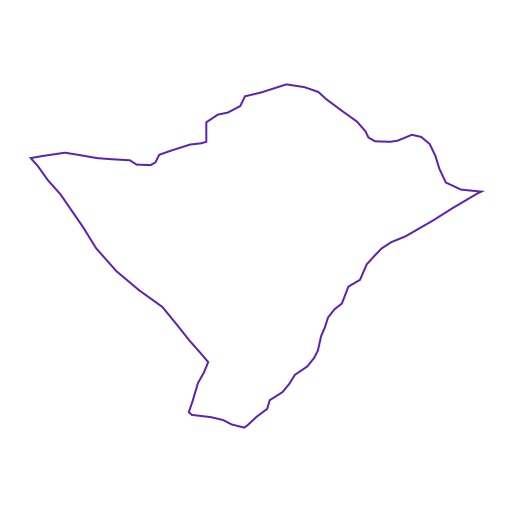 Robertsfors, Västerbotten, Sweden (Robinson projection)
{"feature_id": "70781695B17714148738486", "entity_name": "Robertsfors", "entity_type": "district", "adm_level": 2, "iso_a3": "SWE", "parent_name": "Sweden", "parent_adm1": "Västerbotten", "projection": "robinson", "projection_center": [20.776, 64.169], "detail": "fine", "context": "isolated", "style": "outline", "palette": "violet", "viewbox_px": 512, "rotation_deg": 0, "n_neighbors": 0, "source": "geoboundaries", "source_scale": "gbopen_adm2", "svg_char_len": 1178}
<svg xmlns="http://www.w3.org/2000/svg" viewBox="0 0 512 512"><path d="M30.7,158.1L37.7,165.9L47.9,180.2L60.5,194.4L83.3,227.5L96.0,248.1L116.4,271.2L139.4,290.5L162.3,306.9L175.6,323.1L189.5,340.6L201.0,353.6L208.2,362.1L204.0,372.3L197.9,383.2L192.5,401.5L188.8,412.1L191.8,414.9L210.6,417.1L222.7,419.9L231.8,424.5L244.3,427.6L247.5,425.3L256.7,416.7L267.2,408.8L269.7,400.2L282.6,392.0L289.4,383.7L294.9,374.8L307.2,366.5L314.0,358.1L317.9,350.5L321.1,336.1L324.6,328.1L328.1,317.4L334.4,309.4L341.9,303.5L348.4,286.6L360.0,279.8L366.8,264.2L374.7,255.6L381.5,248.5L391.3,242.1L405.4,236.4L420.1,227.9L433.0,220.5L452.6,208.1L477.8,193.2L481.3,191.6L460.9,189.6L445.8,182.5L439.2,168.4L435.4,155.9L429.7,144.0L421.2,136.9L411.8,134.8L397.6,140.7L390.1,141.8L375.0,141.3L368.4,137.5L365.6,131.5L357.1,121.7L342.0,110.9L326.0,99.0L318.4,92.0L304.3,87.1L286.4,84.4L261.0,92.5L245.0,96.3L240.3,106.0L228.0,112.5L217.7,114.7L206.3,122.3L206.3,132.0L206.3,141.8L200.7,143.4L190.3,144.5L171.4,150.5L159.2,154.8L155.4,162.4L150.7,165.1L136.5,164.6L129.9,160.3L111.1,159.2L97.0,158.1L78.1,154.8L64.9,152.7L43.2,155.9L30.7,158.1Z" fill="none" stroke="#5b21b6" stroke-width="2"/></svg>